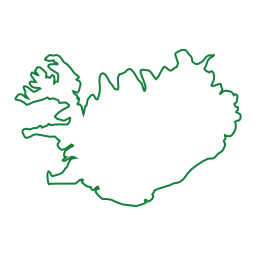 Iceland, orthographic projection
{"feature_id": "ISL", "entity_name": "Iceland", "entity_type": "country or territory", "adm_level": 0, "iso_a3": "ISL", "parent_name": "Europe", "parent_adm1": "", "projection": "orthographic", "projection_center": [-19.868, 64.966], "detail": "fine", "context": "isolated", "style": "outline", "palette": "green", "viewbox_px": 256, "rotation_deg": 0, "n_neighbors": 0, "source": "natural_earth", "source_scale": "50m", "svg_char_len": 5053}
<svg xmlns="http://www.w3.org/2000/svg" viewBox="0 0 256 256"><path d="M195.6,64.0L197.9,64.0L201.5,62.0L203.0,60.8L206.5,56.7L208.7,55.4L212.2,55.4L213.8,55.0L213.9,55.4L211.9,57.1L210.2,57.8L207.9,60.3L206.0,65.7L204.5,68.4L204.6,69.6L206.9,71.4L209.3,72.4L211.3,71.2L212.3,71.5L213.3,73.0L213.9,74.4L214.1,75.9L214.0,79.0L212.9,82.2L211.4,85.0L211.7,85.8L213.1,86.1L219.7,83.8L220.4,83.9L220.8,84.7L221.1,86.3L221.5,87.6L222.3,88.8L222.2,90.1L219.6,94.5L222.9,91.6L225.6,90.6L230.4,91.5L232.5,92.8L233.8,95.3L235.4,94.3L236.1,94.3L237.3,95.6L237.5,97.2L236.9,99.5L236.9,101.6L236.1,102.6L234.7,103.4L234.3,104.1L235.1,105.6L236.3,107.1L237.7,107.0L238.0,107.7L238.1,108.6L238.0,109.6L237.6,110.3L236.9,110.8L236.1,112.0L239.9,114.1L240.5,114.9L240.6,116.2L240.5,117.7L240.0,119.4L239.1,120.4L236.5,120.8L235.0,122.0L235.7,123.7L235.8,125.8L235.6,128.4L233.9,132.5L232.2,134.7L230.4,136.2L226.9,136.1L225.0,135.2L225.5,138.5L223.8,140.7L224.3,142.4L225.0,143.2L224.9,145.5L224.1,147.7L222.8,150.2L221.2,151.8L217.9,153.9L215.2,157.1L213.3,158.4L208.3,158.7L203.3,161.0L196.4,165.5L191.7,169.1L188.1,172.9L183.4,179.2L179.8,181.9L177.7,182.7L173.5,183.4L170.0,185.2L158.4,188.7L154.5,190.5L154.0,192.0L152.4,194.3L152.4,195.1L153.1,195.8L153.3,196.6L151.9,199.3L149.0,201.3L147.6,201.4L145.9,199.7L145.2,199.8L144.9,200.1L144.9,200.6L145.9,202.6L144.1,203.6L136.4,206.1L123.2,204.5L118.0,202.8L111.6,199.9L107.7,199.1L102.3,198.9L97.9,194.9L95.9,192.4L95.7,191.4L96.0,190.2L96.4,189.4L97.1,189.0L98.6,188.9L98.8,188.6L97.7,186.6L96.6,187.2L93.7,190.0L92.5,189.9L90.8,188.5L90.8,187.1L87.5,186.5L84.7,184.8L82.0,182.3L81.6,181.3L83.0,180.0L82.7,179.7L81.7,179.5L79.7,179.9L76.5,182.9L75.2,183.6L55.0,183.7L49.9,183.8L48.9,184.2L48.1,182.1L47.5,177.6L47.4,174.6L47.6,173.2L48.4,171.5L49.5,171.9L50.5,173.3L51.3,175.3L52.4,176.2L59.4,174.2L62.3,172.7L63.6,171.2L65.1,168.7L66.6,167.4L67.3,166.2L68.9,162.3L69.9,160.5L71.1,159.2L72.4,158.4L75.5,157.9L73.5,156.9L71.6,156.8L65.0,160.8L62.8,160.7L62.9,160.1L63.9,158.9L66.2,157.0L64.6,156.8L64.1,155.8L64.1,153.9L65.3,150.8L70.7,146.9L72.5,146.4L73.1,145.6L72.4,144.9L71.4,144.5L65.9,148.5L62.0,149.8L60.9,149.5L59.0,147.8L58.4,147.1L57.6,145.2L57.7,144.0L59.7,140.8L59.4,140.2L58.2,139.8L54.9,136.6L49.6,136.7L36.5,134.3L33.7,134.9L29.1,137.2L26.3,137.9L25.1,137.3L24.1,135.8L23.2,133.9L22.4,131.5L22.9,129.9L24.7,129.1L26.0,128.7L29.5,129.5L33.9,128.1L36.7,127.9L37.5,127.7L39.3,126.1L40.1,125.7L41.3,126.3L41.9,127.6L46.3,125.9L47.9,125.1L48.0,124.5L48.7,123.9L50.9,125.0L52.6,125.1L54.8,124.5L58.7,124.4L67.4,124.5L68.7,123.1L69.4,121.8L70.3,118.4L69.9,117.7L64.4,120.6L63.2,120.6L57.0,118.7L54.9,116.7L55.7,115.3L59.1,112.2L62.6,109.8L67.6,107.2L68.9,106.1L69.0,104.9L65.8,102.5L59.5,102.9L58.0,100.1L52.9,98.3L49.4,99.2L47.6,97.4L43.0,99.5L33.0,102.2L28.9,104.2L26.7,104.8L24.4,102.8L20.4,100.5L15.7,99.5L15.4,98.2L18.4,94.7L20.3,94.1L22.2,94.6L25.6,97.5L28.0,98.4L25.2,94.4L25.3,92.9L25.2,90.7L24.4,89.7L23.6,87.2L24.0,86.4L25.2,86.2L27.7,87.2L33.4,91.8L36.3,91.2L38.0,89.7L40.3,88.7L39.7,88.0L34.6,87.7L31.9,86.7L30.6,85.3L29.5,83.1L30.0,82.2L31.4,81.5L35.8,82.0L33.1,78.2L31.3,75.9L31.1,74.9L31.3,73.6L31.7,72.8L32.1,72.4L36.9,74.8L38.0,75.0L37.1,73.5L35.0,71.4L35.0,70.6L35.9,70.0L36.5,68.9L36.5,68.0L38.1,67.2L39.6,67.3L41.1,68.1L45.6,72.3L46.3,73.5L46.4,75.0L46.1,76.8L46.2,77.5L48.1,77.0L49.6,77.8L50.3,77.6L52.3,75.0L53.6,75.7L54.3,77.0L54.4,78.2L54.5,79.8L54.0,83.1L54.1,83.5L55.5,81.7L57.7,81.7L58.0,80.7L58.2,77.3L58.2,74.3L57.9,73.7L50.9,69.3L49.7,68.3L48.2,66.2L48.6,65.2L50.0,64.4L52.2,64.1L57.1,64.4L57.6,64.0L56.7,62.9L54.4,62.1L53.9,61.5L53.7,60.3L51.0,60.8L48.0,60.7L45.2,59.8L45.2,58.9L46.4,57.6L48.8,55.5L49.9,55.0L53.2,55.6L56.5,55.1L59.1,55.9L61.1,58.2L63.9,62.2L67.8,64.8L68.2,65.6L70.3,67.7L74.4,73.3L78.7,76.6L78.9,77.4L78.1,78.3L76.4,79.4L76.8,80.0L79.0,80.9L80.5,83.0L80.6,84.0L79.0,90.6L78.2,92.0L77.3,92.7L73.2,91.3L74.1,93.5L77.0,95.8L77.6,97.1L77.2,98.3L77.5,98.6L78.6,98.0L79.0,98.7L78.8,100.7L78.3,102.4L77.5,103.8L77.7,104.4L78.9,104.2L79.9,104.6L81.6,106.5L82.8,112.3L83.5,114.2L84.0,112.5L84.7,108.4L85.4,106.2L85.9,106.1L86.4,105.4L86.8,104.1L87.7,99.5L90.5,96.0L91.8,95.0L93.1,94.7L93.7,95.2L95.7,98.9L96.9,99.5L97.6,99.3L98.5,96.8L99.7,92.0L99.9,86.7L99.4,80.7L99.8,76.5L101.1,74.0L102.8,73.2L104.9,74.2L106.4,75.8L109.4,81.7L111.9,84.7L114.0,88.0L115.1,89.1L117.3,89.6L117.8,89.4L118.2,88.7L118.4,87.3L117.9,78.9L118.4,76.3L119.3,74.4L123.0,73.3L125.1,72.1L127.0,70.2L128.7,69.1L130.0,69.0L131.4,69.7L132.8,71.3L135.1,74.4L138.0,79.6L141.7,83.5L143.7,89.7L144.2,90.8L144.6,90.9L145.1,90.0L145.4,88.9L145.4,86.1L144.3,82.4L140.7,73.2L140.6,71.5L141.0,70.0L143.3,69.8L148.8,70.5L150.6,71.9L154.5,77.4L155.6,78.8L156.2,79.1L156.4,78.4L157.8,77.3L158.8,76.0L160.3,72.8L163.7,67.0L164.4,66.8L165.5,67.2L167.4,68.6L168.4,69.7L170.1,70.6L171.9,70.2L174.3,68.1L177.0,66.7L177.8,63.9L177.9,62.6L175.2,54.4L176.1,52.7L180.8,50.3L184.9,49.9L186.0,50.4L188.9,54.3L190.8,56.2L191.8,57.8L192.3,61.4L193.5,62.6L195.6,64.0Z" fill="none" stroke="#15803d" stroke-width="2"/></svg>